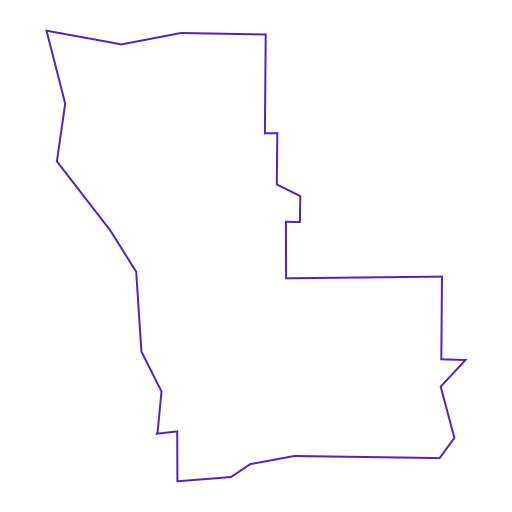 Clay, Georgia, United States of America (Natural Earth projection)
{"feature_id": "52423323B17286883599255", "entity_name": "Clay", "entity_type": "district", "adm_level": 2, "iso_a3": "USA", "parent_name": "United States of America", "parent_adm1": "Georgia", "projection": "natural_earth1", "projection_center": [-84.978, 31.633], "detail": "fine", "context": "isolated", "style": "outline", "palette": "violet", "viewbox_px": 512, "rotation_deg": 0, "n_neighbors": 0, "source": "geoboundaries", "source_scale": "gbopen_adm2", "svg_char_len": 501}
<svg xmlns="http://www.w3.org/2000/svg" viewBox="0 0 512 512"><path d="M265.7,34.5L180.8,33.0L121.5,44.4L46.5,30.7L53.0,55.9L65.2,103.7L56.9,161.4L110.4,230.6L136.2,271.8L141.4,351.5L161.5,391.5L157.6,432.0L156.9,433.7L177.2,431.4L177.4,481.3L231.1,477.0L250.2,464.1L294.3,456.0L439.6,458.1L454.4,437.9L440.7,386.6L465.5,360.0L441.3,359.3L442.0,276.6L286.1,278.3L285.9,221.8L299.9,222.0L300.3,196.1L276.8,184.5L277.3,133.2L264.9,133.3L265.7,34.5Z" fill="none" stroke="#5b21b6" stroke-width="2"/></svg>